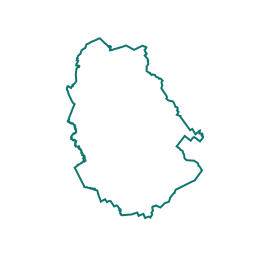 outline of Alsviķu pag., Aluksne, Latvia, rotated 219°
{"feature_id": "27541924B42168726179868", "entity_name": "Alsviķu pag.", "entity_type": "district", "adm_level": 2, "iso_a3": "LVA", "parent_name": "Latvia", "parent_adm1": "Aluksne", "projection": "orthographic", "projection_center": [26.89, 57.426], "detail": "fine", "context": "isolated", "style": "outline", "palette": "teal", "viewbox_px": 256, "rotation_deg": 219, "n_neighbors": 0, "source": "geoboundaries", "source_scale": "gbopen_adm2", "svg_char_len": 5585}
<svg xmlns="http://www.w3.org/2000/svg" viewBox="0 0 256 256"><g transform="rotate(219 128 128)"><path d="M144.5,63.7L128.9,56.7L125.5,55.3L125.0,54.7L123.8,55.0L123.3,55.6L122.5,56.2L121.7,56.3L120.2,57.0L119.9,57.1L120.0,57.2L119.9,57.5L119.6,57.4L119.2,57.7L118.8,57.6L118.4,57.8L118.4,58.1L118.1,58.4L117.9,58.4L117.3,58.4L117.2,58.3L116.9,58.5L116.4,58.5L116.4,58.8L116.1,58.9L116.1,59.1L115.8,59.0L115.6,59.1L115.6,59.4L115.3,59.3L115.3,59.5L115.1,59.4L114.8,59.3L114.6,59.4L114.6,59.6L114.0,59.4L112.6,60.1L109.4,57.8L102.7,53.8L101.0,58.2L97.7,57.2L96.6,59.7L95.2,60.2L89.4,58.3L88.2,60.6L87.1,60.8L85.2,60.2L84.2,60.1L84.2,59.8L83.6,59.8L83.5,59.7L83.4,59.4L82.9,59.7L82.8,58.6L82.7,58.4L82.5,58.5L82.5,58.9L82.3,59.2L81.9,59.4L81.7,59.1L82.1,58.7L81.0,57.6L80.4,56.7L79.6,57.0L78.4,56.1L78.0,56.2L70.8,63.1L70.5,63.4L70.0,64.6L69.8,64.7L67.6,68.1L64.5,66.4L62.0,71.0L58.1,68.8L56.3,72.0L55.7,72.2L55.4,72.6L54.2,72.6L54.8,76.0L56.5,77.0L56.5,78.0L56.6,79.6L58.1,80.4L58.7,81.4L59.3,81.7L59.2,82.8L58.5,83.7L57.3,85.0L57.4,85.4L52.8,86.6L52.6,87.9L52.2,92.7L49.8,96.3L49.8,96.6L51.4,100.6L51.4,106.8L51.0,106.9L52.1,109.9L45.5,124.6L43.1,129.4L43.2,129.5L43.8,141.6L45.1,141.9L46.4,142.5L47.8,143.0L48.9,143.1L49.3,142.9L50.5,143.9L51.1,144.5L51.8,144.6L56.4,144.1L57.7,143.0L58.2,142.7L61.8,140.1L62.5,139.9L64.6,139.9L65.3,140.3L67.9,142.8L69.9,143.4L70.6,144.3L71.1,144.5L72.3,144.4L73.3,143.9L73.7,144.2L74.5,144.5L78.6,144.3L78.9,157.5L71.3,157.6L71.4,161.8L70.6,162.7L69.9,162.5L68.9,162.8L67.7,162.9L66.7,162.6L66.3,162.9L63.6,162.9L63.7,167.8L64.2,168.5L64.5,168.5L65.1,168.3L65.3,168.6L66.2,168.7L66.2,169.0L65.8,169.6L66.7,170.3L69.0,168.7L70.5,171.2L70.7,170.8L71.6,165.6L77.4,167.7L78.3,165.4L94.8,169.8L94.6,170.1L94.7,170.3L98.3,169.0L98.8,172.3L99.2,172.5L99.5,172.3L100.2,172.3L100.7,172.8L101.0,172.7L101.2,173.9L101.9,174.3L102.1,174.9L102.8,175.1L103.8,174.8L104.3,174.3L104.7,174.4L106.6,175.6L108.6,176.5L109.8,176.9L114.0,174.8L116.8,175.0L116.8,175.5L116.9,176.1L117.7,177.0L127.0,179.8L127.5,180.7L127.7,181.3L127.9,182.5L130.2,184.1L130.8,184.8L131.1,185.9L131.0,186.6L131.8,186.6L133.7,186.9L135.0,185.8L135.8,186.3L138.8,185.4L140.6,186.2L142.7,184.9L142.9,184.1L143.5,184.1L145.4,184.6L145.4,184.2L149.4,184.0L152.1,187.4L152.5,190.5L155.1,192.9L154.9,193.1L156.0,194.0L160.2,194.8L159.9,195.2L159.9,195.5L160.7,195.9L160.6,196.9L160.2,197.4L160.3,197.5L161.1,197.8L162.0,197.9L163.0,198.6L163.7,198.7L164.3,199.1L164.3,199.6L164.1,200.7L164.2,201.3L164.3,202.1L164.6,202.2L165.9,202.1L166.4,201.6L168.3,201.1L168.8,200.5L172.4,192.6L174.7,192.1L177.8,191.6L181.6,190.8L181.9,190.1L184.1,186.5L184.8,185.9L184.8,185.7L187.0,182.4L188.0,181.2L188.6,180.0L191.2,176.3L191.1,176.5L191.3,177.0L191.2,177.3L191.2,177.7L191.2,178.2L191.2,178.3L192.2,178.7L192.0,179.1L192.0,179.4L192.4,179.9L192.5,180.4L192.6,180.5L193.2,180.5L194.2,179.9L194.4,179.6L194.4,179.3L194.1,178.9L197.6,179.4L198.1,179.2L206.3,180.0L207.0,179.0L208.0,176.9L208.8,175.3L210.1,172.9L211.0,171.5L211.0,171.0L212.0,168.3L212.2,168.2L212.7,167.2L212.7,166.2L211.8,164.0L211.7,163.2L211.8,163.2L211.9,162.6L212.1,162.1L212.7,160.5L212.7,160.1L212.7,159.1L212.9,159.0L212.4,157.5L212.0,156.5L211.8,155.7L211.7,155.7L211.8,154.8L212.2,153.0L212.1,152.2L211.7,151.3L211.5,150.1L210.8,150.2L210.4,148.5L209.8,148.8L209.1,148.9L208.5,147.0L208.6,145.9L207.7,144.1L206.7,144.8L205.4,145.5L204.8,145.5L204.4,144.6L205.3,143.4L205.4,141.7L202.5,137.0L197.6,131.8L197.4,129.4L198.1,126.8L197.5,126.8L197.2,126.1L197.9,125.9L197.4,123.3L199.7,123.0L199.6,122.9L201.2,122.3L200.9,121.3L200.5,120.4L199.5,119.6L199.5,119.4L198.1,118.8L197.4,118.6L195.8,117.1L189.0,113.8L187.0,113.0L184.5,112.9L184.5,112.7L183.5,109.3L179.9,97.9L179.0,97.5L178.9,96.5L179.3,96.2L179.2,95.7L179.0,95.2L178.1,95.2L177.9,95.6L177.5,95.8L177.2,95.8L177.0,95.5L176.8,95.4L176.4,95.9L176.0,96.1L175.8,96.1L175.5,95.6L175.1,95.6L174.8,95.9L174.8,96.2L174.7,96.3L174.0,96.9L173.6,96.6L173.0,96.6L172.6,96.4L172.4,96.5L172.1,96.4L171.5,96.8L170.8,95.8L170.6,95.7L170.1,95.9L170.1,95.7L170.0,95.1L169.4,94.8L168.7,94.8L168.5,94.7L168.8,94.3L168.6,93.9L167.8,93.5L167.4,93.7L167.1,93.7L166.8,93.4L166.4,92.7L165.8,92.4L165.5,91.8L165.7,91.1L166.2,90.5L166.0,90.3L166.0,89.9L166.7,89.5L167.0,89.2L166.6,88.6L166.9,87.3L166.8,85.9L166.1,85.6L166.3,85.2L166.4,84.9L166.2,84.6L165.4,84.5L165.3,84.4L165.4,83.9L165.3,83.7L164.3,83.9L164.0,84.1L163.8,84.3L163.5,84.4L163.3,84.2L163.0,83.8L162.8,83.8L162.7,84.5L162.2,85.2L162.0,85.3L161.4,85.1L161.0,84.8L160.2,85.1L159.9,85.2L159.4,84.2L159.8,83.8L159.7,83.3L159.2,82.8L159.1,82.3L159.0,82.2L158.4,82.1L158.3,81.9L158.7,81.4L159.1,81.2L157.5,81.3L157.2,80.8L157.0,80.7L156.4,81.4L155.9,81.5L155.1,82.0L154.8,82.4L154.7,82.7L154.6,82.8L154.3,82.3L153.8,82.1L153.7,82.0L153.7,81.5L153.4,81.6L153.3,81.9L153.2,81.8L153.3,81.4L153.1,81.1L152.9,81.1L152.8,81.3L152.2,81.7L151.6,81.6L151.4,81.1L151.1,81.0L150.9,81.2L150.5,80.9L150.1,81.1L149.2,80.4L149.1,80.2L149.1,79.8L148.9,79.5L148.4,80.0L148.1,80.0L147.5,79.5L147.1,78.8L146.5,78.4L146.4,78.2L146.1,78.4L145.9,79.1L145.7,79.1L145.0,78.7L144.8,78.5L144.7,78.1L144.4,78.1L144.3,78.6L144.1,78.8L143.4,78.1L143.1,78.0L142.9,77.8L143.2,77.4L143.2,76.9L143.7,76.9L143.8,76.7L143.7,76.2L143.2,76.2L143.0,75.9L142.7,75.7L142.6,75.8L142.7,76.1L142.3,76.5L141.8,75.7L141.8,75.4L141.4,75.8L141.5,76.3L140.8,76.2L140.7,76.1L140.8,75.8L140.6,75.7L140.8,75.5L140.8,75.3L140.9,75.1L140.8,74.9L140.9,74.6L140.8,74.3L141.2,74.1L141.3,74.2L142.9,69.3L143.9,67.8L143.4,67.4L144.5,63.7Z" fill="none" stroke="#0f766e" stroke-width="2"/></g></svg>